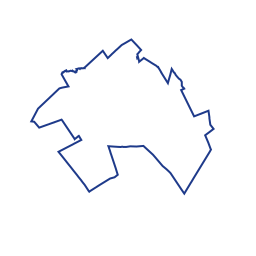 Mier y Noriega, Nuevo León, Mexico, rotated 43°
{"feature_id": "50627088B47586163134003", "entity_name": "Mier y Noriega", "entity_type": "district", "adm_level": 2, "iso_a3": "MEX", "parent_name": "Mexico", "parent_adm1": "Nuevo León", "projection": "orthographic", "projection_center": [-100.208, 23.402], "detail": "fine", "context": "isolated", "style": "outline", "palette": "blue", "viewbox_px": 256, "rotation_deg": 43, "n_neighbors": 0, "source": "geoboundaries", "source_scale": "gbopen_adm2", "svg_char_len": 3286}
<svg xmlns="http://www.w3.org/2000/svg" viewBox="0 0 256 256"><g transform="rotate(43 128 128)"><path d="M203.4,87.2L202.6,86.9L196.6,83.9L189.4,80.7L191.2,70.3L186.0,69.5L180.8,65.3L180.3,64.7L175.1,60.5L168.4,74.4L141.0,64.0L142.3,60.9L141.5,60.7L140.3,60.8L138.5,60.4L137.5,59.3L135.9,57.6L133.4,56.9L131.6,57.2L128.5,56.9L126.5,56.6L125.2,56.1L124.7,56.0L124.3,55.9L124.2,56.0L123.8,56.1L123.6,56.1L122.0,55.6L121.7,55.5L121.4,55.4L120.9,55.3L120.6,55.2L120.1,55.1L119.7,55.0L122.6,60.2L125.2,65.4L125.6,66.1L126.6,68.0L114.6,64.8L114.6,64.7L114.0,64.5L113.5,64.4L113.3,64.3L112.0,63.9L111.9,63.9L111.7,63.8L110.8,63.6L110.6,63.5L109.5,63.2L109.0,63.1L108.6,62.9L108.5,63.2L106.1,63.2L104.8,63.5L101.4,64.2L100.3,64.4L99.3,64.6L99.2,64.6L98.9,64.6L98.5,64.7L98.1,64.8L97.7,64.9L97.4,64.9L97.0,65.0L96.6,65.1L96.2,65.2L95.5,65.3L94.7,65.5L94.1,65.6L93.9,65.6L93.7,65.7L93.0,65.8L92.8,65.8L92.7,65.9L92.1,66.0L91.8,66.0L91.7,67.1L91.0,71.9L90.9,71.8L87.3,69.5L87.1,69.6L87.1,70.6L86.2,70.0L86.4,69.4L86.5,69.0L84.7,67.8L84.5,67.7L84.5,66.6L84.5,65.9L84.4,65.0L84.4,63.4L84.4,62.0L78.3,61.5L70.1,61.0L69.7,62.2L69.3,63.5L68.0,67.8L66.8,71.6L66.3,78.3L66.2,79.1L66.1,79.9L66.1,80.7L65.9,83.8L65.8,84.5L65.8,85.1L65.8,85.5L65.5,90.7L56.9,88.7L55.4,108.8L55.2,111.6L55.1,112.9L55.0,113.3L55.2,113.5L55.5,113.8L55.1,114.1L54.5,114.9L54.4,114.9L54.3,115.1L54.0,115.4L53.2,115.9L52.9,116.3L53.0,116.5L52.8,116.8L52.4,117.0L52.5,117.6L52.4,117.6L51.9,117.7L51.5,117.8L51.3,118.1L51.2,118.2L51.1,118.5L50.8,118.9L50.2,119.9L50.3,119.9L51.0,119.9L51.3,120.5L51.2,120.8L51.0,121.0L51.2,121.6L51.5,121.7L51.6,122.0L52.0,122.1L51.9,122.7L51.9,123.1L51.5,123.4L50.1,123.4L49.8,123.7L48.5,123.9L48.7,124.3L47.0,125.2L46.6,126.0L46.3,126.6L46.0,127.1L45.9,127.1L45.2,127.7L44.7,128.5L44.4,128.6L43.5,128.0L43.1,128.9L43.3,129.1L42.9,129.8L42.7,130.5L42.9,130.5L42.8,131.2L42.6,131.1L42.1,132.0L42.4,132.9L42.7,133.9L42.8,134.0L50.3,136.4L53.9,137.5L54.1,137.6L54.8,137.8L56.1,138.2L52.8,142.7L52.1,143.7L50.9,145.7L50.8,145.9L50.8,146.0L49.0,175.2L49.2,175.9L52.8,189.1L55.1,187.4L62.8,188.3L72.5,169.6L73.7,167.2L74.5,167.3L96.4,172.4L96.6,172.5L96.7,171.5L96.9,170.7L97.1,169.2L97.2,168.5L97.2,168.0L97.4,167.3L97.9,167.4L98.2,167.5L99.5,167.9L102.0,168.6L101.8,169.2L101.1,171.1L100.8,172.0L100.1,173.9L99.7,175.1L99.4,175.8L99.2,176.4L99.2,176.5L98.5,178.6L98.0,179.9L97.8,180.5L97.3,181.9L97.0,182.7L96.5,184.1L93.4,192.8L100.4,193.8L108.9,195.1L111.7,195.5L114.4,195.9L115.4,196.1L115.8,196.1L116.7,196.3L118.9,196.6L123.0,197.2L125.2,197.6L128.1,198.0L129.7,198.2L129.8,198.3L132.1,198.7L135.0,199.1L142.3,200.9L143.1,201.0L143.2,200.3L146.0,189.4L149.4,177.1L151.8,173.2L152.4,169.2L148.5,167.0L146.8,166.0L141.3,163.0L133.6,158.8L132.8,158.4L132.1,158.0L130.1,156.8L128.7,156.1L128.1,155.8L127.5,155.4L126.1,154.7L130.4,151.2L133.7,148.5L135.6,146.9L136.5,145.6L137.4,145.1L137.8,144.7L138.4,144.2L139.3,143.4L139.6,143.1L142.1,139.9L146.8,135.8L146.9,135.7L151.5,130.6L164.5,130.5L169.1,131.0L170.7,131.2L179.4,132.2L180.6,132.1L184.3,131.9L184.8,131.9L186.0,131.9L187.9,131.9L188.0,131.9L189.9,132.0L195.4,133.3L208.5,136.4L208.9,136.5L213.9,137.6L212.8,132.4L211.5,126.2L211.4,125.8L211.1,124.1L210.1,119.5L204.1,90.2L203.4,87.2Z" fill="none" stroke="#1e3a8a" stroke-width="2"/></g></svg>